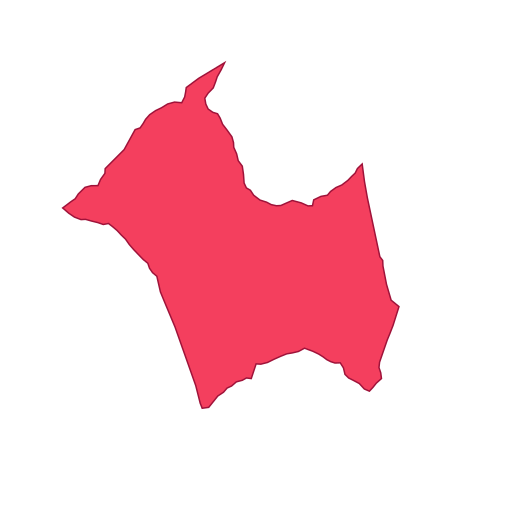 the district of Irará, Bahia, Brazil, rotated 319°
{"feature_id": "56859067B61653913557352", "entity_name": "Irará", "entity_type": "district", "adm_level": 2, "iso_a3": "BRA", "parent_name": "Brazil", "parent_adm1": "Bahia", "projection": "mercator", "projection_center": [-38.751, -12.053], "detail": "fine", "context": "isolated", "style": "filled", "palette": "rose", "viewbox_px": 512, "rotation_deg": 319, "n_neighbors": 0, "source": "geoboundaries", "source_scale": "gbopen_adm2", "svg_char_len": 1916}
<svg xmlns="http://www.w3.org/2000/svg" viewBox="0 0 512 512"><g transform="rotate(319 256 256)"><path d="M141.6,92.9L142.8,101.1L144.5,107.5L147.8,113.7L151.4,116.5L154.8,121.7L158.6,127.1L161.4,132.0L166.0,134.7L167.0,139.6L167.9,145.6L168.1,152.0L168.6,157.7L167.9,164.2L167.9,171.1L168.2,177.5L168.6,184.8L169.6,190.5L167.6,195.4L167.0,200.7L167.9,206.2L160.3,220.4L156.3,232.3L148.3,256.5L125.5,314.3L117.3,330.5L115.5,335.6L121.0,339.2L135.4,336.6L142.1,337.5L147.6,336.7L152.3,338.1L158.6,338.1L164.1,340.8L168.8,341.8L172.0,345.4L185.3,337.5L188.7,340.8L194.8,343.9L201.7,345.7L208.9,347.9L215.0,350.0L219.9,353.0L225.4,355.9L232.1,357.4L236.4,365.2L239.0,371.2L240.5,376.2L241.4,380.6L243.1,384.8L245.4,388.6L249.5,391.9L248.6,397.8L245.5,403.7L245.9,408.9L247.8,413.5L250.3,420.0L250.5,427.4L252.9,432.4L257.9,431.9L263.4,430.9L270.3,430.8L273.5,426.0L275.6,420.9L279.6,417.2L300.1,405.4L305.9,402.5L313.9,398.3L330.7,388.0L329.0,378.0L335.9,363.0L345.2,346.9L348.7,342.5L349.0,337.8L378.3,285.0L386.7,271.0L396.5,256.2L390.0,256.5L385.2,258.5L380.3,258.7L375.0,259.2L367.3,258.7L361.3,256.8L354.6,256.2L349.8,257.0L344.1,253.6L336.4,251.5L331.6,255.1L328.1,252.3L325.0,245.6L319.8,237.9L312.5,235.6L307.9,234.2L304.4,231.5L301.2,227.2L299.3,222.3L295.7,216.4L294.1,208.6L294.9,202.7L293.4,198.3L294.9,193.1L300.1,186.2L304.6,179.2L305.1,172.4L308.4,166.2L310.5,159.4L313.4,155.7L316.0,150.3L316.8,141.5L317.2,134.7L319.4,128.4L320.3,123.4L317.7,119.3L316.3,113.7L317.8,108.4L320.9,103.3L326.7,101.7L334.0,101.1L339.8,98.0L344.3,95.3L351.9,92.6L359.1,89.5L329.3,84.3L313.9,83.1L310.3,86.2L306.5,89.2L300.5,91.6L295.5,86.4L289.1,83.3L281.8,82.1L275.6,80.4L268.5,79.6L262.4,80.4L257.7,82.0L252.6,83.3L247.7,81.3L226.3,89.2L199.5,91.1L196.2,94.5L189.0,96.2L182.9,99.2L177.7,94.8L172.0,92.0L162.6,92.6L157.1,94.2L152.0,93.6L147.3,93.3L141.6,92.9Z" fill="#f43f5e" stroke="#9f1239" stroke-width="1.5"/></g></svg>